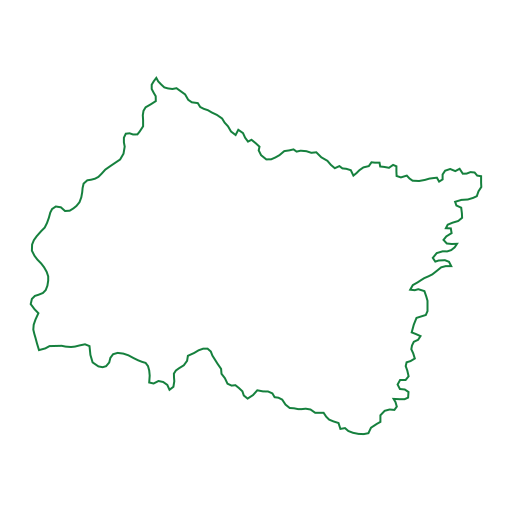 the district of Varjão de Minas, Minas Gerais, Brazil
{"feature_id": "56859067B57978075646781", "entity_name": "Varjão de Minas", "entity_type": "district", "adm_level": 2, "iso_a3": "BRA", "parent_name": "Brazil", "parent_adm1": "Minas Gerais", "projection": "mercator", "projection_center": [-45.92, -18.46], "detail": "fine", "context": "isolated", "style": "outline", "palette": "green", "viewbox_px": 512, "rotation_deg": 0, "n_neighbors": 0, "source": "geoboundaries", "source_scale": "gbopen_adm2", "svg_char_len": 4120}
<svg xmlns="http://www.w3.org/2000/svg" viewBox="0 0 512 512"><path d="M380.4,421.9L380.4,415.3L384.7,410.8L389.6,409.5L394.4,409.9L396.8,406.6L395.5,402.1L393.6,398.9L399.5,399.2L404.6,399.2L408.1,397.6L408.5,392.0L404.8,389.5L399.9,389.0L397.6,384.5L400.1,380.0L405.6,380.0L408.6,376.3L407.3,370.6L405.7,366.1L406.6,362.3L410.5,361.1L414.8,358.5L413.2,353.3L411.3,349.2L412.0,345.5L413.8,341.8L418.1,339.8L420.5,336.1L415.8,334.0L411.7,332.4L413.8,324.6L416.5,317.9L421.6,316.3L425.8,315.0L427.5,311.1L427.5,306.6L427.5,300.8L426.3,296.6L424.4,291.1L418.3,289.2L414.7,290.2L410.2,289.7L412.8,285.1L417.6,282.4L421.1,280.1L424.3,278.1L428.5,276.3L432.3,274.4L436.5,271.1L441.2,267.3L445.8,266.1L451.2,266.1L449.0,261.8L444.9,260.2L438.7,260.5L435.3,261.6L432.8,257.9L436.7,253.1L442.7,251.3L447.2,251.4L451.2,250.1L454.7,247.3L457.0,243.8L451.8,244.0L446.8,243.5L443.5,239.9L446.3,236.4L451.6,233.1L450.8,228.4L445.9,228.2L447.7,224.7L452.5,222.7L458.2,221.0L462.1,217.8L461.9,213.3L461.2,207.7L456.4,205.5L455.1,201.8L461.4,199.9L467.8,199.5L473.1,197.9L476.8,196.2L478.5,191.3L481.3,187.0L481.1,182.8L481.1,176.2L477.2,175.6L474.6,172.5L470.5,172.1L466.6,173.6L462.8,173.7L459.6,168.8L455.3,171.1L450.2,169.0L445.1,170.7L442.6,174.5L442.6,179.4L439.1,181.6L436.9,177.7L433.2,178.1L429.4,178.6L425.0,179.9L419.1,181.0L412.6,180.7L409.5,178.5L406.8,175.6L400.9,177.4L396.6,176.0L396.4,171.5L396.4,166.3L393.1,164.9L389.0,167.8L384.1,166.9L380.2,166.5L379.5,162.7L375.3,162.7L371.5,162.3L368.8,166.1L363.4,167.4L359.4,170.2L356.5,173.1L353.4,175.6L350.8,170.2L346.3,168.8L342.4,168.4L339.4,166.1L334.8,168.2L330.9,164.9L327.4,160.8L321.3,157.3L316.3,152.3L311.3,152.8L306.4,151.2L300.6,150.7L296.6,151.6L293.5,149.4L289.2,150.4L284.3,151.1L279.4,155.2L275.3,157.5L271.2,159.3L266.3,159.4L261.1,155.2L258.7,150.4L259.5,146.7L255.7,143.2L251.5,139.8L248.0,141.6L245.1,137.7L243.0,133.1L238.3,129.8L235.6,135.0L231.0,131.5L228.0,126.3L224.6,122.6L222.1,118.5L216.9,114.9L211.8,112.5L207.9,110.2L203.7,108.8L200.2,107.0L197.8,103.1L191.8,102.3L188.2,99.8L185.1,94.4L180.8,91.3L176.5,88.2L172.4,89.0L167.9,88.4L164.3,87.4L161.2,84.5L158.2,81.4L156.3,77.9L153.8,81.2L151.7,84.7L151.7,89.0L153.7,92.8L155.7,96.2L155.8,101.1L150.8,104.3L145.6,107.3L143.5,110.8L142.8,115.2L143.1,120.3L143.1,126.3L139.7,131.5L137.4,134.4L133.1,134.5L129.6,133.3L125.8,133.7L123.9,137.7L123.9,142.4L124.7,146.6L123.5,153.7L120.1,159.5L110.6,165.9L105.3,169.6L101.6,173.7L98.4,176.9L95.0,178.7L91.2,179.7L87.3,180.3L83.6,183.6L82.6,188.0L82.2,192.3L81.3,197.3L79.5,202.2L76.4,206.0L73.4,208.4L69.7,210.7L65.0,211.0L60.9,207.3L55.8,206.5L52.1,209.0L50.3,212.5L48.9,217.7L47.0,223.0L44.7,227.6L41.3,231.0L36.7,236.2L33.9,240.1L32.1,244.5L31.9,250.7L34.5,255.8L37.3,259.5L41.2,263.5L44.1,267.3L46.7,271.9L48.2,276.4L48.2,280.6L47.4,285.7L45.7,290.1L42.9,293.0L38.4,294.8L34.9,295.9L31.9,298.9L30.7,304.1L34.5,309.2L38.4,313.2L35.5,319.5L33.7,324.7L33.3,329.6L34.3,333.8L35.5,337.9L37.0,343.5L39.0,350.1L45.3,348.4L49.5,346.1L61.7,345.8L65.6,346.6L71.0,347.0L74.9,346.6L79.7,345.4L85.0,344.3L89.5,346.1L90.4,354.9L92.6,362.4L98.4,366.4L102.6,367.2L106.1,366.2L109.2,362.5L110.4,357.8L113.1,354.2L117.6,352.9L123.3,353.6L128.4,355.3L133.6,358.1L138.1,360.3L141.9,361.8L145.6,362.9L148.0,366.1L149.2,370.5L149.7,375.6L149.2,382.5L153.6,383.5L158.5,381.0L163.2,382.0L167.3,384.9L169.5,389.8L173.4,386.8L174.3,381.2L174.0,377.5L173.9,373.6L175.9,370.5L179.1,368.2L183.8,365.3L187.1,360.8L187.9,355.8L194.1,353.0L198.6,350.3L203.1,348.7L207.6,348.7L210.8,351.5L212.4,355.6L214.8,359.4L217.5,363.7L221.1,368.9L221.5,373.8L224.9,378.2L227.5,383.7L231.6,385.6L235.4,385.2L238.9,388.0L242.4,391.3L243.8,395.5L247.6,398.6L253.0,395.1L257.3,390.3L263.0,391.4L268.1,391.5L272.4,393.4L274.6,397.2L278.4,397.7L282.2,399.6L285.5,404.6L289.7,408.0L294.1,408.3L298.0,409.1L301.9,409.1L305.7,408.7L310.5,409.5L315.2,412.8L319.5,412.8L323.6,412.8L326.2,416.7L329.1,419.6L333.4,421.4L338.5,423.0L340.4,428.9L345.0,428.1L348.3,431.0L353.0,432.8L358.5,433.9L363.7,434.1L368.4,433.2L371.0,427.7L376.8,423.9L380.4,421.9Z" fill="none" stroke="#15803d" stroke-width="2"/></svg>